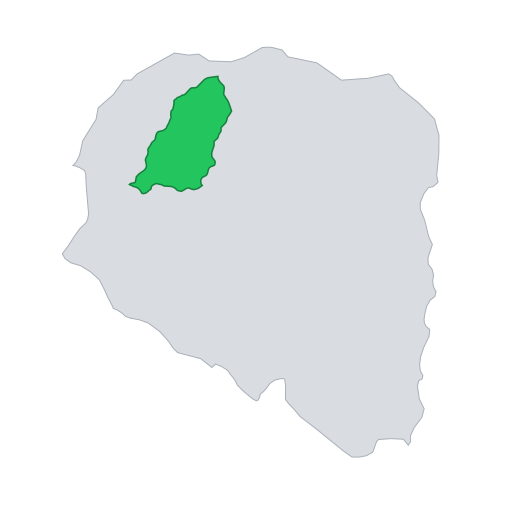 Lavalleja on a map of Uruguay (Robinson projection), rotated 175°
{"feature_id": "URY-19", "entity_name": "Lavalleja", "entity_type": "Department", "adm_level": 1, "iso_a3": "URY", "parent_name": "Uruguay", "parent_adm1": "", "projection": "robinson", "projection_center": [-54.924, -33.979], "detail": "fine", "context": "in_parent", "style": "filled", "palette": "green", "viewbox_px": 512, "rotation_deg": 175, "n_neighbors": 0, "source": "natural_earth", "source_scale": "10m", "svg_char_len": 4766}
<svg xmlns="http://www.w3.org/2000/svg" viewBox="0 0 512 512"><g transform="rotate(175 256 256)"><path d="M430.5,362.1L427.0,365.3L423.1,371.4L418.5,386.0L403.4,406.1L400.3,417.4L384.0,429.3L372.5,442.6L365.0,442.2L358.3,447.9L319.5,465.3L305.6,462.0L295.3,462.1L285.7,454.4L263.9,451.7L250.2,454.7L231.8,463.1L226.2,463.0L222.3,462.5L212.3,459.1L206.8,451.6L178.5,443.1L155.5,423.7L128.6,423.3L108.0,425.8L104.8,423.2L102.6,418.3L98.3,411.1L80.3,393.9L66.2,376.9L63.2,360.1L65.0,341.9L69.0,320.4L68.2,313.6L73.3,309.8L78.4,309.0L83.3,303.4L87.7,295.0L88.3,288.6L84.8,276.8L82.3,260.3L79.3,252.1L84.9,239.1L85.1,232.8L81.7,227.2L80.8,221.5L82.2,215.7L81.9,210.1L79.8,204.7L81.3,200.2L86.5,196.7L90.3,191.2L92.8,183.9L94.1,178.4L94.1,174.5L92.5,170.9L89.3,167.5L90.7,160.7L96.8,150.5L100.7,141.5L102.5,133.6L102.3,127.3L100.2,122.4L101.1,119.2L104.9,117.4L106.5,112.3L105.8,99.6L101.8,89.2L104.8,80.9L113.4,71.3L117.8,63.5L118.2,57.6L120.8,54.2L125.0,60.6L137.4,62.3L149.9,62.5L151.9,60.9L156.7,50.5L163.1,47.5L170.1,46.7L177.8,47.3L186.0,54.2L209.2,76.7L226.2,92.4L231.3,99.8L235.8,105.3L239.2,110.5L237.8,123.9L238.1,129.8L238.9,131.5L242.7,131.6L248.4,130.6L253.3,127.8L257.0,123.5L260.7,120.0L263.7,118.1L264.7,115.2L266.4,112.3L268.2,111.7L271.6,113.8L279.5,121.5L285.6,128.6L287.1,132.6L289.5,136.9L292.0,140.5L293.8,144.1L299.7,148.8L305.7,151.8L309.7,148.8L320.0,158.5L342.5,166.6L346.7,171.5L350.5,178.5L358.4,189.1L369.3,198.7L378.0,202.7L386.4,205.0L391.1,207.1L394.3,210.7L399.5,214.7L402.7,216.1L403.8,219.7L407.1,227.4L410.5,237.1L414.2,246.1L422.4,254.8L431.6,261.6L441.1,265.4L446.5,270.1L448.8,275.0L442.3,282.3L435.2,291.5L429.0,298.7L422.6,303.8L420.5,307.3L419.1,312.6L419.0,341.2L418.5,351.8L418.9,354.6L419.8,356.5L423.8,359.3L428.6,361.7L430.5,362.1Z" fill="#d9dde1" stroke="#a8b0b8" stroke-width="1"/><path d="M267.7,402.5L269.8,399.5L271.8,397.3L272.3,396.6L272.6,396.0L273.1,394.4L273.7,392.9L274.1,392.2L274.4,391.6L275.3,390.7L278.8,387.7L279.2,387.1L279.6,386.6L279.7,386.1L279.8,385.6L279.8,385.1L279.8,384.5L280.0,383.4L280.4,382.8L280.9,382.1L281.7,381.2L282.5,380.1L283.4,377.8L284.0,376.7L284.3,376.4L284.9,375.9L286.4,374.9L287.3,374.1L287.7,373.5L287.9,372.9L288.1,370.0L288.4,369.1L290.8,363.5L291.1,362.5L291.3,360.2L291.3,359.6L291.3,359.1L291.2,358.6L291.0,358.2L290.8,357.8L289.0,354.9L288.8,354.5L288.6,354.1L288.5,353.5L288.6,352.7L288.8,351.4L289.1,350.7L289.4,350.2L289.8,350.0L290.6,349.6L292.9,349.0L293.7,348.7L294.2,348.4L294.7,348.0L295.4,347.2L295.7,346.7L297.0,343.1L297.5,342.0L297.9,341.4L298.0,341.2L298.3,341.0L298.9,340.5L299.7,340.1L302.2,339.2L302.6,338.9L303.0,338.5L303.9,337.4L304.2,336.6L304.5,336.0L304.5,334.8L304.5,333.2L304.4,332.8L304.2,332.3L303.8,331.6L303.4,330.9L306.9,328.8L308.3,328.2L312.1,327.5L312.5,327.5L313.4,328.0L314.8,328.4L315.2,328.6L315.6,328.9L316.0,329.2L316.7,329.5L317.9,329.7L318.7,329.6L319.2,329.5L322.5,327.8L324.3,327.1L325.1,327.0L325.6,327.1L326.7,327.6L327.7,327.8L328.2,328.0L328.6,328.3L330.6,330.5L333.1,332.2L335.3,332.8L341.2,333.7L341.7,333.9L342.1,334.0L343.1,334.9L343.5,335.1L348.4,336.7L349.2,336.8L349.9,336.7L352.8,335.5L353.1,335.3L353.5,335.0L353.7,334.7L354.0,334.3L354.4,333.5L354.6,332.5L354.7,332.1L355.0,331.7L355.3,331.4L355.7,331.2L356.5,330.8L356.9,330.6L359.3,328.8L359.8,328.5L361.9,328.0L362.8,328.0L363.4,328.1L363.9,328.2L364.2,328.5L364.4,328.9L365.2,330.5L366.2,332.3L367.4,333.6L368.0,334.1L369.5,335.0L372.1,336.0L374.1,337.3L375.9,338.2L375.5,338.6L375.1,338.9L374.6,339.1L372.8,339.4L371.1,339.5L369.8,340.0L368.3,345.4L365.5,347.9L359.7,351.3L358.2,353.0L357.5,354.3L357.2,356.1L357.8,361.0L357.7,361.8L357.4,362.7L355.8,365.4L355.3,366.0L355.0,366.5L354.8,367.2L354.5,368.6L354.4,371.2L354.2,372.2L353.9,372.7L351.7,375.3L349.9,378.1L346.9,380.3L346.1,381.5L346.0,382.0L345.9,382.6L345.3,384.5L344.4,386.5L343.8,387.4L343.3,387.9L341.6,388.6L338.0,389.0L337.3,389.3L336.4,389.7L334.9,390.7L334.2,391.3L333.8,391.9L333.6,392.4L333.3,393.1L331.2,396.2L330.1,398.6L328.6,401.3L328.4,402.0L328.6,402.9L328.6,403.1L328.7,403.5L328.7,404.0L328.6,404.4L328.5,404.9L328.2,406.7L328.0,407.6L327.6,408.1L327.2,408.5L326.5,409.0L326.1,409.5L325.9,410.0L324.6,414.3L324.4,415.3L324.3,417.2L324.0,418.1L323.7,418.5L323.3,418.8L322.0,419.4L320.9,420.4L320.2,420.8L319.6,421.0L318.3,421.2L316.0,422.4L315.2,422.7L313.6,422.8L312.6,423.4L311.3,424.4L307.3,428.1L306.4,428.8L306.0,428.9L305.0,429.1L302.8,428.9L301.7,428.9L301.2,429.0L300.3,429.3L292.1,436.2L291.6,436.5L289.9,437.3L288.0,437.8L278.3,438.3L278.3,435.9L277.9,434.7L276.7,432.4L273.7,428.8L273.3,428.1L273.1,427.8L273.0,425.9L273.1,425.1L274.0,420.8L274.0,420.3L273.9,419.5L273.6,418.7L270.6,413.1L269.6,410.3L267.7,402.5Z" fill="#22c55e" stroke="#15803d" stroke-width="1.5"/></g></svg>